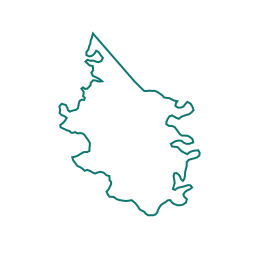 outline of Ipuaçu, Santa Catarina, Brazil, rotated 139°
{"feature_id": "56859067B42484326505504", "entity_name": "Ipuaçu", "entity_type": "district", "adm_level": 2, "iso_a3": "BRA", "parent_name": "Brazil", "parent_adm1": "Santa Catarina", "projection": "robinson", "projection_center": [-52.479, -26.688], "detail": "fine", "context": "isolated", "style": "outline", "palette": "teal", "viewbox_px": 256, "rotation_deg": 139, "n_neighbors": 0, "source": "geoboundaries", "source_scale": "gbopen_adm2", "svg_char_len": 3087}
<svg xmlns="http://www.w3.org/2000/svg" viewBox="0 0 256 256"><g transform="rotate(139 128 128)"><path d="M139.5,35.6L136.7,34.1L133.1,33.7L130.3,35.6L130.6,39.3L129.8,41.6L126.9,42.3L124.5,42.1L121.8,41.2L118.6,41.1L118.5,43.8L120.3,45.6L123.8,47.0L126.1,48.2L128.5,49.6L130.9,50.3L132.9,50.4L134.2,52.4L131.6,54.1L129.0,55.7L127.1,58.5L125.1,61.9L122.7,63.4L120.9,62.2L120.3,59.2L120.6,56.9L121.6,54.5L121.3,52.1L119.0,52.6L116.1,54.9L113.8,57.2L111.5,58.9L108.4,61.0L106.1,63.7L103.2,64.1L100.5,63.0L97.8,61.6L95.1,60.5L92.2,60.4L90.2,62.2L89.6,65.1L93.9,68.1L97.3,69.3L100.5,69.4L101.6,72.1L102.8,75.3L103.0,78.6L103.1,81.1L105.2,83.3L106.8,85.1L106.0,87.9L102.9,87.3L100.5,86.8L98.0,85.3L96.0,83.3L95.7,80.7L94.4,77.8L92.0,75.8L88.2,74.3L86.6,77.5L87.2,80.8L88.1,82.9L89.8,84.7L92.4,87.1L92.9,89.8L92.5,93.2L92.2,97.9L93.4,100.7L95.7,102.7L96.6,105.6L94.9,107.5L92.3,108.7L89.0,109.6L86.5,108.6L85.6,106.2L84.8,103.7L83.6,101.6L81.6,101.5L79.4,101.2L76.7,100.2L72.9,98.3L69.5,98.1L66.6,98.6L65.4,101.8L64.8,105.4L66.1,108.8L69.3,108.4L72.1,107.8L74.5,108.6L77.0,110.7L77.7,113.6L75.5,115.3L73.2,115.8L75.2,118.5L76.3,121.0L77.1,123.2L78.8,125.1L80.7,127.3L80.7,130.0L81.2,132.3L82.1,135.6L83.4,138.5L85.4,140.1L87.2,142.0L89.3,143.4L91.5,145.3L92.5,158.7L92.5,172.7L92.5,176.4L92.5,182.4L92.5,194.8L92.5,222.3L96.1,219.8L98.7,218.5L101.2,216.3L103.7,215.1L106.3,213.3L109.6,212.6L111.5,210.2L110.3,207.5L108.4,206.3L106.2,206.0L103.7,206.3L101.3,207.2L100.4,204.7L100.8,200.9L101.0,197.3L104.5,196.1L107.2,197.1L108.5,198.8L109.8,201.5L112.2,203.3L113.9,206.1L116.5,206.0L116.2,203.0L115.9,200.4L114.0,197.9L116.2,194.6L119.5,193.7L120.3,190.4L118.7,186.9L117.2,182.9L116.9,180.3L119.4,182.1L121.2,184.9L122.9,186.9L126.5,186.5L128.2,184.9L130.7,184.5L132.9,184.5L134.7,185.5L135.4,188.2L137.3,188.3L137.7,184.3L139.3,182.7L141.0,181.6L140.8,179.0L142.7,177.9L144.4,179.8L146.8,180.1L149.0,178.8L150.8,177.3L152.6,175.9L155.0,175.7L157.1,176.8L158.9,177.7L161.2,178.5L161.5,181.0L160.5,183.1L159.8,186.1L162.2,189.8L165.8,189.2L167.3,186.1L169.7,184.3L169.7,181.6L168.1,178.4L167.7,175.8L170.4,174.9L173.2,174.5L177.2,174.7L178.4,172.7L177.0,169.5L175.6,166.4L174.2,164.1L174.0,161.8L172.6,160.4L170.5,159.5L169.7,157.1L167.4,155.6L165.9,153.7L165.4,151.3L165.7,148.2L166.0,144.9L166.5,142.0L168.0,140.1L170.2,138.2L172.1,136.0L174.8,136.7L176.5,138.4L178.6,139.2L181.2,139.6L184.0,140.1L186.6,141.0L189.3,142.5L190.6,139.5L190.8,135.8L191.2,132.7L189.7,129.6L189.0,126.8L188.8,124.2L186.1,123.0L184.6,120.0L184.0,117.8L182.8,115.3L180.6,114.6L177.5,113.0L175.6,110.1L175.3,106.5L173.6,104.0L174.8,102.3L176.2,100.6L176.1,98.3L177.7,96.7L180.2,95.5L182.9,94.4L186.0,94.0L186.8,91.2L187.1,88.4L184.0,85.3L183.3,82.0L182.0,79.6L179.5,76.5L177.5,74.3L175.2,72.7L172.6,71.1L172.1,68.5L171.8,65.7L172.0,62.4L172.6,58.9L171.6,56.0L170.6,54.0L170.9,51.8L170.0,48.8L168.0,47.2L166.2,45.6L163.9,44.7L161.8,44.9L158.9,46.5L156.2,47.6L153.6,48.2L151.2,48.0L148.4,47.5L145.2,47.2L143.4,45.8L143.7,43.4L143.2,40.7L141.4,37.4L139.5,35.6Z" fill="none" stroke="#0f766e" stroke-width="2"/></g></svg>